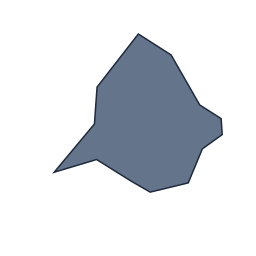 outline of Salem, Virginia, United States of America, rotated 331°
{"feature_id": "52423323B60033050507603", "entity_name": "Salem", "entity_type": "district", "adm_level": 2, "iso_a3": "USA", "parent_name": "United States of America", "parent_adm1": "Virginia", "projection": "equal_earth", "projection_center": [-80.053, 37.288], "detail": "fine", "context": "isolated", "style": "filled", "palette": "slate", "viewbox_px": 256, "rotation_deg": 331, "n_neighbors": 0, "source": "geoboundaries", "source_scale": "gbopen_adm2", "svg_char_len": 333}
<svg xmlns="http://www.w3.org/2000/svg" viewBox="0 0 256 256"><g transform="rotate(331 128 128)"><path d="M201.1,85.0L182.6,50.8L120.8,77.2L100.6,108.2L42.0,130.9L85.2,140.3L104.8,175.7L116.3,194.8L154.1,205.2L182.9,182.3L207.2,179.4L214.0,165.0L201.9,142.6L201.1,85.0Z" fill="#64748b" stroke="#1e293b" stroke-width="1.5"/></g></svg>